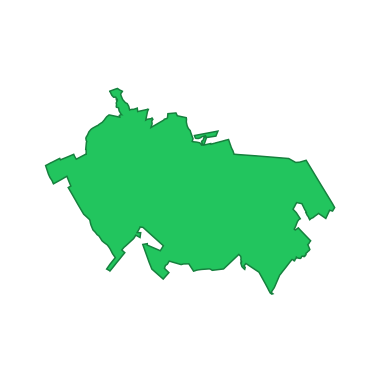 the district of Pedro Escobedo, Querétaro, Mexico, rotated 241°
{"feature_id": "50627088B87937870701268", "entity_name": "Pedro Escobedo", "entity_type": "district", "adm_level": 2, "iso_a3": "MEX", "parent_name": "Mexico", "parent_adm1": "Querétaro", "projection": "mercator", "projection_center": [-100.153, 20.469], "detail": "fine", "context": "isolated", "style": "filled", "palette": "green", "viewbox_px": 384, "rotation_deg": 241, "n_neighbors": 0, "source": "geoboundaries", "source_scale": "gbopen_adm2", "svg_char_len": 5779}
<svg xmlns="http://www.w3.org/2000/svg" viewBox="0 0 384 384"><g transform="rotate(241 192 192)"><path d="M166.0,80.0L163.2,81.8L162.9,82.0L162.7,82.0L164.5,86.5L165.7,89.4L166.6,91.5L167.3,93.3L168.0,95.1L168.6,96.6L169.4,98.5L170.6,101.5L170.8,102.0L171.5,103.8L175.3,102.5L175.9,103.9L176.3,105.0L176.6,105.8L177.0,107.8L179.4,117.8L179.9,119.1L181.5,121.9L177.4,124.5L181.3,127.4L183.1,124.3L185.9,128.9L186.6,129.6L184.8,132.0L158.9,140.9L156.0,135.8L167.3,127.1L168.5,127.8L170.0,123.5L151.2,120.4L147.9,120.0L144.1,119.5L143.8,119.6L129.8,124.6L132.7,132.7L138.6,130.9L140.6,133.1L140.8,135.4L140.9,135.6L142.6,138.6L139.8,141.3L133.8,147.3L133.2,149.6L133.1,149.9L130.7,154.4L122.0,155.0L121.7,156.3L121.4,158.1L120.8,159.9L119.6,162.9L116.4,169.8L116.1,170.2L115.4,170.8L115.1,171.0L113.7,171.7L109.4,182.3L114.7,202.7L113.9,202.9L112.2,203.4L111.1,203.1L110.2,202.7L108.9,201.8L107.2,201.6L107.0,200.7L106.1,200.8L105.8,200.1L102.5,199.5L100.5,200.0L100.0,200.1L98.8,200.6L100.2,201.9L100.3,202.0L102.1,201.6L103.3,204.5L89.4,211.7L76.7,211.7L70.1,211.6L69.6,211.5L68.3,211.5L65.7,211.5L64.0,212.3L63.8,213.4L65.8,212.6L67.0,214.7L68.2,217.1L69.0,218.3L76.8,228.4L77.4,230.0L78.6,232.7L80.4,237.1L82.5,241.9L84.5,246.7L84.1,247.2L83.8,247.3L83.6,247.6L83.0,247.7L82.6,247.8L82.1,248.1L82.1,248.4L82.2,248.6L82.5,248.8L82.7,249.1L83.1,249.6L83.5,250.9L84.4,251.7L83.2,252.2L82.8,252.8L82.1,253.5L81.7,254.2L81.5,254.3L81.3,254.9L81.7,255.7L82.3,256.4L82.5,256.9L82.2,257.4L82.3,257.6L82.1,258.0L81.9,258.2L81.1,258.6L81.2,259.5L81.5,259.4L81.7,259.7L81.6,260.3L81.7,260.8L81.9,261.3L82.4,261.6L82.9,261.7L83.1,262.0L83.2,262.6L83.4,263.6L83.8,264.5L84.0,265.9L84.6,267.2L89.9,267.8L90.2,269.1L91.1,270.5L91.8,272.1L96.0,271.0L102.0,269.4L103.1,269.1L106.5,268.2L109.1,267.6L108.7,264.4L108.7,263.9L109.9,263.4L110.5,264.2L110.8,264.7L112.3,266.7L113.3,267.8L113.8,268.4L115.1,270.0L116.1,272.2L116.1,272.9L116.1,273.7L123.3,273.2L126.1,272.5L127.9,272.0L129.1,273.8L129.6,274.7L130.6,276.1L131.4,277.4L131.4,277.5L131.5,277.6L132.0,278.4L128.5,282.5L127.8,282.4L124.8,282.3L123.3,282.2L121.9,282.1L120.8,282.2L118.6,282.1L118.7,281.6L117.8,281.6L116.2,281.5L115.4,281.5L114.0,281.8L113.7,281.7L112.7,281.6L110.7,281.5L110.8,282.1L111.1,283.1L110.9,285.6L111.2,287.1L111.3,287.7L111.8,291.9L111.9,292.3L104.0,296.2L109.3,303.5L107.2,305.7L109.2,309.2L113.7,309.2L135.2,308.3L164.4,307.2L165.9,300.6L167.6,297.0L174.4,292.8L192.4,265.8L202.5,250.3L204.7,247.1L208.4,247.8L210.0,247.8L212.3,248.0L214.3,248.4L214.5,248.4L220.2,249.4L220.7,247.5L220.8,247.1L220.9,246.9L221.3,245.1L221.9,242.5L222.0,242.1L222.2,241.5L222.4,240.7L222.5,240.2L222.9,238.7L223.5,236.4L223.5,236.0L224.0,234.4L224.0,234.2L224.2,233.5L224.6,231.7L225.3,231.9L227.3,225.2L232.6,231.1L229.3,240.0L232.7,244.2L240.2,221.5L237.6,221.1L237.0,221.4L235.7,223.5L235.3,226.0L235.6,227.3L235.2,229.0L235.0,229.5L234.7,231.1L234.1,231.0L233.9,231.0L233.6,228.5L232.9,227.8L232.5,227.5L232.0,226.9L231.7,225.1L231.4,224.8L231.1,224.7L230.7,224.8L230.1,224.5L227.7,224.4L228.4,223.1L230.7,222.9L231.5,222.4L231.8,222.1L233.5,220.1L235.5,217.2L236.2,216.7L237.0,217.6L238.1,218.7L239.8,219.0L241.1,219.2L244.9,219.8L246.5,220.2L249.2,219.6L250.9,219.7L252.5,219.9L255.1,220.7L256.0,221.0L258.4,222.5L259.8,223.0L265.8,216.1L268.9,216.3L269.0,216.1L272.2,208.9L268.9,206.6L268.5,205.5L269.1,203.1L268.7,202.3L268.6,202.1L268.3,187.4L270.9,190.1L271.2,190.3L273.7,191.3L274.5,193.0L276.1,192.9L276.0,192.0L276.0,191.5L276.1,191.4L277.1,188.8L277.3,188.1L277.3,186.4L284.0,192.1L285.4,193.9L286.0,193.3L286.0,192.5L288.7,183.5L291.9,184.8L292.6,181.0L293.6,179.1L294.0,177.2L297.6,178.2L300.7,178.2L302.5,177.0L304.0,176.7L306.4,176.2L308.3,176.4L310.2,176.6L311.3,176.8L311.7,176.9L312.0,177.0L312.3,177.3L312.4,177.5L312.7,177.7L312.9,177.9L313.0,178.2L313.1,178.5L313.2,178.8L313.5,179.5L313.7,179.9L313.8,180.0L315.5,178.8L316.1,178.3L318.7,177.0L319.1,175.1L320.1,168.7L320.2,168.3L319.8,168.9L319.5,169.0L316.5,168.8L315.1,168.8L314.2,169.1L313.1,169.3L312.9,169.4L312.5,170.2L312.1,171.1L311.9,171.3L310.9,171.2L309.7,170.7L309.6,171.5L309.3,171.6L309.1,171.4L308.7,170.9L308.7,170.6L308.4,170.6L308.3,170.9L308.0,171.0L307.8,170.8L307.7,170.2L307.3,169.7L307.1,169.5L306.9,169.2L306.4,168.8L304.9,168.3L304.3,168.0L304.1,167.6L303.7,167.4L303.3,167.1L303.1,167.0L302.7,167.1L301.9,167.9L301.6,168.3L301.2,168.5L300.9,168.5L298.6,167.7L298.1,167.6L294.4,167.7L294.2,167.7L293.9,167.8L294.1,167.5L294.2,165.6L293.2,165.5L293.1,165.4L292.9,165.2L292.5,165.1L299.1,157.5L299.6,156.8L299.6,156.4L299.5,156.1L299.2,154.0L299.2,153.9L298.7,152.8L298.4,152.0L297.4,150.0L297.1,149.0L297.0,148.8L296.5,147.5L296.5,147.3L296.4,147.2L296.4,145.8L296.3,145.1L296.2,143.9L296.2,143.7L295.9,142.0L295.8,141.9L296.0,140.8L296.0,140.5L296.0,138.9L296.0,137.9L296.0,136.1L295.9,135.2L295.7,133.8L295.4,133.1L294.6,131.0L293.0,128.9L292.0,127.5L291.8,126.8L290.6,125.3L288.8,124.6L287.6,124.4L287.4,124.4L287.1,124.4L286.6,123.7L280.8,119.7L280.6,120.0L278.4,118.9L276.4,117.8L276.7,117.4L276.6,116.9L276.8,106.7L279.9,106.6L280.2,106.6L282.3,106.8L282.6,104.2L282.8,102.2L282.9,101.2L283.2,98.6L283.6,95.3L283.6,95.2L283.9,92.5L285.5,92.6L285.6,91.1L285.7,88.3L285.8,85.6L285.9,82.7L286.0,82.7L286.0,79.5L286.0,79.4L286.1,76.8L277.3,75.1L274.8,74.9L273.4,74.8L269.8,75.1L267.0,74.8L266.3,74.8L266.3,76.3L266.3,80.6L266.3,81.4L266.3,82.8L266.3,84.2L266.4,87.8L266.4,90.2L262.6,89.7L255.9,88.9L255.9,85.9L246.4,86.1L236.6,86.2L225.1,86.5L221.0,87.9L217.6,89.0L216.8,89.0L214.0,88.1L211.9,87.6L206.9,87.0L203.6,87.9L200.8,88.3L198.6,89.3L196.2,89.5L193.8,89.6L192.8,89.7L190.4,90.6L186.7,92.3L183.6,92.7L181.8,92.8L176.5,92.6L171.8,93.1L168.7,85.5L166.0,80.0Z" fill="#22c55e" stroke="#15803d" stroke-width="1.5"/></g></svg>